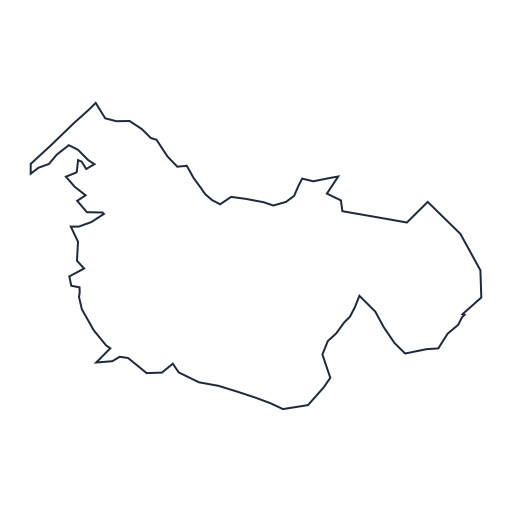 outline of Makounta, Paphos, Cyprus
{"feature_id": "46923920B29039462994736", "entity_name": "Makounta", "entity_type": "district", "adm_level": 2, "iso_a3": "CYP", "parent_name": "Cyprus", "parent_adm1": "Paphos", "projection": "orthographic", "projection_center": [32.481, 35.053], "detail": "fine", "context": "isolated", "style": "outline", "palette": "slate", "viewbox_px": 512, "rotation_deg": 0, "n_neighbors": 0, "source": "geoboundaries", "source_scale": "gbopen_adm2", "svg_char_len": 1432}
<svg xmlns="http://www.w3.org/2000/svg" viewBox="0 0 512 512"><path d="M95.7,102.9L89.6,109.0L73.7,123.3L50.6,145.6L30.7,163.9L30.7,165.1L30.7,173.7L38.5,167.7L48.9,164.0L56.9,154.5L68.8,145.2L78.1,149.9L88.2,160.1L94.4,164.2L86.2,169.0L81.7,161.7L78.1,160.1L76.7,172.3L65.9,176.7L74.8,186.9L85.6,195.3L77.2,200.8L86.9,212.2L102.4,212.5L103.9,213.9L91.3,222.1L78.7,226.6L70.8,226.6L78.0,241.7L77.0,260.8L84.1,268.5L69.3,276.4L71.3,285.8L79.5,287.3L79.7,292.5L79.0,297.0L81.9,309.4L88.8,321.5L93.5,330.0L106.1,345.4L110.3,348.3L96.2,362.5L112.3,361.2L119.7,356.8L128.1,358.0L146.6,373.1L161.9,372.6L172.8,363.7L178.7,372.4L198.9,382.3L218.4,385.8L237.4,391.7L254.7,397.4L270.8,403.4L279.6,407.5L282.9,409.1L308.0,405.1L323.6,387.5L330.3,377.8L322.4,354.5L327.8,341.1L336.2,333.4L344.3,322.3L350.0,316.6L354.9,307.2L359.4,295.8L375.3,311.6L383.8,327.3L394.5,343.0L405.1,353.5L426.4,349.2L438.3,348.4L447.6,333.7L458.2,324.8L462.0,317.3L464.5,314.9L462.5,314.2L481.3,297.5L480.4,270.3L460.4,233.9L427.7,201.9L406.9,222.5L342.4,211.2L340.9,200.4L326.9,193.6L338.2,176.5L331.3,177.7L313.2,181.3L302.2,178.6L298.6,185.5L294.2,195.7L286.1,201.9L273.3,205.5L263.5,202.2L246.0,198.9L231.1,196.9L220.1,204.3L212.1,200.1L205.2,194.2L200.2,187.0L193.6,178.0L186.8,165.8L177.3,166.7L167.5,156.5L156.5,139.8L150.8,138.0L141.9,129.1L129.5,121.0L116.4,121.2L105.2,118.3L100.6,110.9L95.7,102.9Z" fill="none" stroke="#1e293b" stroke-width="2"/></svg>